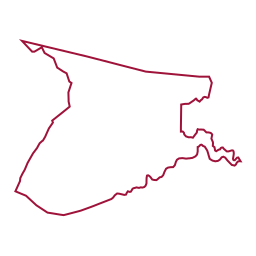 Santa Cruz Acatepec, Oaxaca, Mexico (Equal Earth projection)
{"feature_id": "50627088B90412613448643", "entity_name": "Santa Cruz Acatepec", "entity_type": "district", "adm_level": 2, "iso_a3": "MEX", "parent_name": "Mexico", "parent_adm1": "Oaxaca", "projection": "equal_earth", "projection_center": [-96.874, 18.158], "detail": "fine", "context": "isolated", "style": "outline", "palette": "rose", "viewbox_px": 256, "rotation_deg": 0, "n_neighbors": 0, "source": "geoboundaries", "source_scale": "gbopen_adm2", "svg_char_len": 2906}
<svg xmlns="http://www.w3.org/2000/svg" viewBox="0 0 256 256"><path d="M15.4,191.3L21.6,193.9L26.0,195.7L27.3,196.9L36.4,205.3L39.0,207.0L47.5,212.6L52.0,213.3L60.6,214.7L63.6,215.1L65.0,214.8L70.0,213.5L78.4,211.3L80.9,210.6L90.3,207.2L93.5,206.0L98.8,203.9L105.0,201.5L111.4,199.0L113.1,197.6L114.8,195.3L117.1,193.5L119.2,193.7L121.3,194.2L124.3,194.9L126.0,194.6L126.8,192.8L127.9,191.3L128.7,191.6L129.7,191.9L130.8,191.7L131.7,190.3L132.6,188.7L133.9,188.1L135.3,187.8L136.4,187.4L139.0,187.9L140.9,187.3L141.8,187.5L142.7,187.5L144.3,187.0L145.6,185.7L146.5,183.3L146.5,180.6L146.6,177.7L147.0,175.6L148.1,175.3L149.2,175.9L150.5,177.1L152.2,179.5L154.2,180.0L156.5,180.1L158.4,178.5L159.6,177.4L161.6,176.9L163.2,175.2L164.5,171.8L166.1,168.7L168.0,167.6L170.4,167.2L173.2,167.1L174.9,165.1L175.9,161.8L177.0,159.7L179.1,158.4L180.3,158.3L182.3,158.1L183.2,158.2L185.9,158.6L186.5,158.6L189.0,158.3L189.6,158.3L191.5,158.0L192.4,157.9L195.4,156.4L196.0,155.7L197.0,154.6L197.1,154.4L197.6,151.9L197.7,151.3L197.7,147.0L198.4,146.8L199.3,146.1L199.9,145.4L200.4,144.9L201.5,144.7L202.3,145.2L202.7,145.8L204.8,146.7L206.8,149.9L207.2,150.5L208.2,153.6L208.4,154.5L209.7,158.8L210.7,159.5L211.5,160.0L212.5,160.6L215.0,161.2L215.2,161.3L217.9,160.9L218.2,160.7L219.9,159.6L220.5,158.8L221.7,157.3L222.9,156.9L223.3,156.7L225.2,157.6L225.6,158.1L227.4,160.4L229.6,162.7L231.2,164.3L231.7,164.9L233.5,165.3L234.6,165.6L235.9,164.5L236.7,162.8L237.8,161.6L239.1,161.2L240.6,161.3L238.3,157.5L237.0,157.7L234.8,160.2L233.9,160.2L233.3,159.8L233.0,158.8L233.6,155.1L233.8,153.6L233.7,152.3L233.5,151.2L232.8,150.4L231.7,150.4L228.5,151.4L226.8,151.4L223.9,148.9L222.8,147.5L221.6,147.6L220.7,148.1L220.0,149.4L218.6,149.7L216.2,151.2L215.1,150.5L214.5,147.2L212.8,145.9L213.0,143.5L212.9,142.1L211.4,138.6L212.1,135.2L212.2,134.5L211.2,133.3L210.3,132.8L208.4,132.4L206.4,132.4L203.7,129.7L200.7,129.5L199.1,129.6L197.7,129.2L197.1,130.5L196.8,132.6L195.1,134.7L192.9,137.7L191.0,137.2L188.7,137.3L186.0,136.4L184.3,134.5L183.9,132.7L182.7,131.5L180.9,131.6L180.9,127.4L181.2,106.8L181.2,104.5L184.8,103.9L188.6,103.8L189.6,103.3L190.1,102.9L192.0,101.6L193.9,100.3L195.7,98.7L196.3,98.7L197.3,100.3L198.3,100.8L198.9,101.2L199.6,101.6L200.9,100.1L201.7,99.6L202.0,99.4L203.2,97.5L204.5,96.9L205.9,97.1L207.3,97.8L208.5,97.4L209.0,94.8L209.4,93.1L211.8,82.8L209.4,77.4L209.1,76.7L202.6,76.7L199.6,76.7L145.8,71.6L118.5,64.6L112.0,62.9L87.1,56.5L22.0,40.9L32.2,51.7L34.3,51.7L41.8,47.3L44.6,53.0L53.7,58.4L57.2,67.6L63.2,71.5L66.6,73.3L69.3,81.5L71.5,83.0L68.4,92.4L68.6,99.8L68.6,101.5L69.4,105.1L69.7,106.6L65.4,110.1L52.2,120.6L52.9,122.5L52.5,123.2L48.9,128.4L46.6,133.5L45.2,136.7L44.8,137.4L42.9,140.6L42.3,140.9L39.7,143.2L37.6,146.9L37.4,147.5L37.1,147.9L36.6,148.6L33.0,153.4L27.6,162.9L24.7,169.8L22.4,173.8L20.3,178.1L20.0,181.1L15.4,191.3Z" fill="none" stroke="#9f1239" stroke-width="2"/></svg>